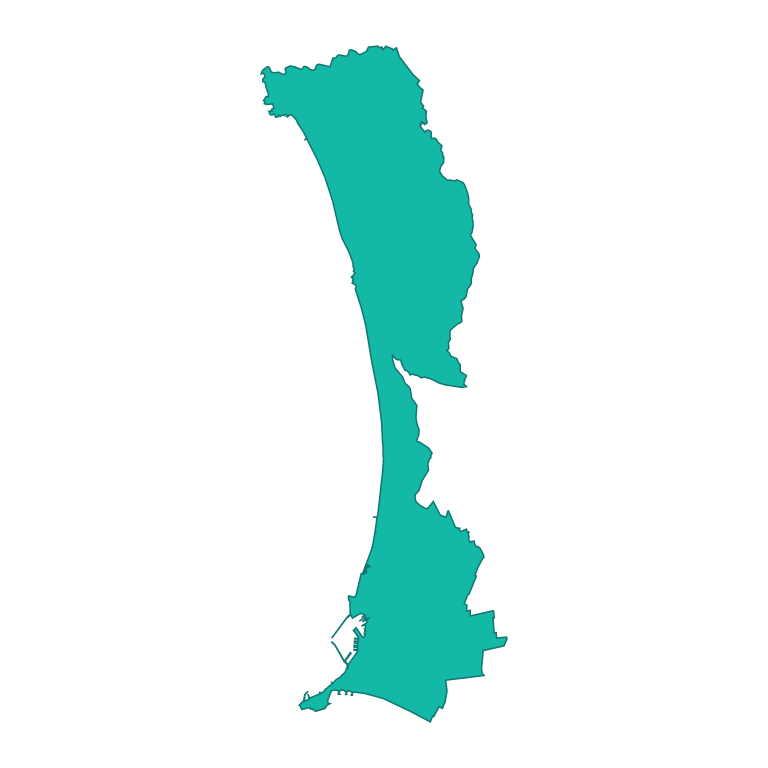 Callao, Lima Province, Peru (Natural Earth projection)
{"feature_id": "86281439B21009248898999", "entity_name": "Callao", "entity_type": "district", "adm_level": 2, "iso_a3": "PER", "parent_name": "Peru", "parent_adm1": "Lima Province", "projection": "natural_earth1", "projection_center": [-77.143, -11.949], "detail": "fine", "context": "isolated", "style": "filled", "palette": "teal", "viewbox_px": 768, "rotation_deg": 0, "n_neighbors": 0, "source": "geoboundaries", "source_scale": "gbopen_adm2", "svg_char_len": 6052}
<svg xmlns="http://www.w3.org/2000/svg" viewBox="0 0 768 768"><path d="M430.3,721.9L432.6,716.1L433.7,716.7L439.0,706.8L442.5,708.4L444.6,702.3L445.0,702.5L447.0,691.1L445.7,680.2L484.0,675.5L482.1,672.9L481.5,668.3L483.2,650.6L504.0,645.9L506.9,639.2L506.6,637.1L496.6,638.0L496.2,632.7L494.2,632.9L493.0,618.0L494.3,617.9L493.5,610.7L470.2,615.9L470.3,610.3L466.7,611.2L467.0,605.2L464.2,603.7L468.1,594.1L469.0,594.2L476.4,576.2L474.9,575.1L478.3,566.7L482.7,558.5L484.0,557.3L483.2,554.2L479.9,548.0L477.8,546.4L476.2,547.0L474.3,542.9L474.3,541.1L471.8,541.4L470.1,542.4L468.7,539.1L468.6,537.6L469.2,536.8L468.1,533.5L469.0,532.5L468.6,531.9L467.5,532.1L466.3,529.1L460.8,531.6L459.5,529.9L459.8,528.3L455.5,527.5L448.5,510.9L447.8,511.2L446.1,517.2L440.2,515.0L433.3,501.5L428.0,508.0L426.4,508.9L419.8,505.3L416.1,501.8L415.0,498.0L415.3,494.6L419.0,490.4L422.1,480.8L428.5,470.1L427.8,463.7L429.7,458.7L430.7,458.1L431.1,454.8L432.1,453.2L428.8,448.2L419.9,442.3L417.1,441.5L416.6,440.4L418.6,435.6L419.2,430.0L417.1,424.5L415.9,417.8L416.9,405.5L411.7,398.1L410.2,388.8L409.0,386.7L405.0,383.2L402.6,377.0L395.0,367.9L392.7,359.8L392.3,355.1L396.3,359.5L400.7,360.1L401.9,364.4L405.1,370.5L406.9,370.7L409.3,373.1L409.9,374.8L413.2,374.1L414.8,375.1L417.5,375.4L421.3,377.8L424.6,377.1L431.0,378.9L439.0,383.0L445.5,384.9L461.8,387.4L466.4,386.6L463.8,384.1L464.9,378.7L466.3,376.7L466.3,375.4L460.9,372.1L460.3,370.6L460.1,364.5L457.9,361.8L456.9,358.7L451.1,356.4L449.2,352.7L446.7,350.4L448.5,349.3L448.9,347.9L448.3,342.8L450.3,339.2L449.8,334.3L450.3,330.2L457.3,324.1L461.0,322.4L461.8,321.1L461.5,315.2L463.1,308.5L460.9,300.8L464.4,298.9L466.1,296.6L467.5,289.0L470.1,285.8L471.3,283.3L471.2,278.9L472.7,274.2L473.5,268.2L477.1,262.9L479.5,256.2L478.7,253.3L474.9,248.4L476.2,244.8L470.8,236.0L470.7,234.2L471.9,232.7L473.1,227.1L473.0,221.9L472.2,218.1L472.5,214.6L471.3,212.1L471.1,208.9L468.7,204.3L468.7,198.0L467.8,193.6L464.5,184.8L463.2,182.8L456.7,179.8L454.4,180.9L448.9,179.9L447.5,180.3L442.5,176.0L439.9,171.9L439.7,170.6L440.6,166.6L443.6,162.8L443.8,157.1L442.7,155.3L442.7,153.1L440.8,150.4L442.0,145.9L437.7,141.9L435.9,138.7L433.7,138.1L431.7,138.6L431.0,135.9L431.4,133.2L430.7,131.3L427.9,130.0L426.1,130.7L424.9,132.4L419.9,125.6L421.2,124.8L420.4,123.4L421.9,121.9L422.8,123.5L423.7,122.9L424.6,124.5L427.1,122.9L425.9,117.1L426.3,111.0L422.4,107.8L423.7,106.3L420.6,102.1L423.1,90.0L419.7,87.2L417.2,83.8L419.5,80.7L413.1,74.7L399.5,56.9L396.4,47.8L392.7,50.1L392.1,48.8L385.7,46.2L383.5,49.8L381.9,47.0L380.7,48.0L380.4,47.4L378.0,47.1L377.9,46.1L368.5,47.1L366.3,51.6L360.0,54.6L357.6,53.8L356.3,51.9L351.5,49.8L349.4,50.0L347.9,55.4L345.7,56.2L339.6,55.0L337.8,55.3L335.6,58.0L332.9,58.0L330.1,66.8L319.0,64.2L316.6,65.2L315.1,69.2L313.8,70.1L309.9,69.6L308.4,67.8L305.5,66.4L303.9,66.6L302.1,68.9L300.8,69.3L295.1,66.9L290.2,65.9L285.5,68.2L285.1,69.2L285.9,71.4L285.7,73.4L284.9,74.2L282.9,74.3L278.4,72.1L274.6,72.9L271.4,72.1L269.1,67.1L267.4,66.6L262.5,70.4L261.1,73.8L263.5,73.3L264.9,75.6L265.0,76.9L263.1,78.7L262.6,80.3L263.0,81.9L264.9,82.1L266.2,87.9L268.5,94.3L267.9,96.9L266.1,96.5L265.2,97.7L265.3,98.5L263.4,100.5L265.0,102.0L264.2,103.7L266.3,104.4L272.8,104.0L273.8,108.2L271.6,109.3L272.0,111.1L269.1,111.3L269.6,111.7L269.2,113.0L270.4,114.8L272.0,115.0L273.5,113.9L274.2,114.3L275.9,117.3L278.0,116.7L279.3,115.4L280.1,116.4L282.6,114.9L283.8,115.5L285.5,114.3L287.4,115.9L286.6,116.4L287.7,116.9L289.3,114.8L292.4,115.4L296.5,120.3L298.0,123.8L302.9,131.0L306.6,138.0L304.4,140.2L306.4,138.8L307.0,139.3L317.0,159.0L325.1,177.8L332.5,200.5L339.6,230.7L342.3,238.9L348.6,251.2L352.9,262.6L353.2,267.1L354.2,269.3L353.3,271.1L355.2,273.2L353.3,274.9L352.8,276.6L351.9,276.5L351.3,277.4L352.6,278.0L353.3,279.1L352.5,280.3L353.1,281.4L352.1,283.1L355.1,284.5L356.3,287.3L355.3,288.6L355.8,290.8L361.5,308.4L365.8,325.7L371.6,361.0L377.8,392.2L381.5,421.4L382.7,444.8L383.5,448.1L383.1,447.3L383.1,457.0L383.6,457.7L382.5,472.8L377.8,514.8L377.1,517.1L372.9,517.0L377.0,517.4L375.2,530.9L375.8,532.2L374.9,532.2L372.8,544.9L371.0,551.2L362.5,573.7L364.9,572.6L367.0,565.2L368.5,565.1L370.1,566.6L368.5,566.8L367.9,565.4L366.3,569.0L366.5,572.6L365.8,572.4L364.4,574.0L361.2,573.7L356.0,595.5L353.8,597.3L349.1,595.8L348.3,596.4L348.8,600.1L349.9,601.5L350.2,614.4L347.7,616.4L332.4,637.1L331.2,637.8L332.5,637.2L347.4,617.1L347.2,617.7L350.8,614.9L352.4,618.2L360.7,613.3L364.8,615.3L361.6,617.5L365.0,615.5L365.7,617.1L359.2,621.2L365.8,617.3L366.4,618.7L362.2,621.8L370.0,617.6L366.2,620.4L366.9,622.8L361.4,626.1L365.0,624.8L365.6,628.5L365.2,629.9L364.7,629.6L365.3,631.0L364.4,630.9L364.9,631.2L364.2,633.9L365.4,634.4L363.7,637.3L362.7,637.4L356.1,627.7L353.4,630.4L358.4,637.3L358.3,638.5L354.7,638.3L354.7,638.9L358.3,639.1L358.1,641.2L354.5,641.0L354.4,643.0L358.0,643.3L357.7,645.4L354.2,645.2L354.1,647.2L357.7,647.5L357.5,649.7L354.0,649.3L354.0,650.2L357.5,650.5L357.4,651.8L348.0,664.9L347.7,663.9L345.2,661.8L345.2,661.1L351.0,653.2L350.3,652.6L344.4,661.2L335.0,644.9L332.6,642.6L331.1,641.8L334.9,645.1L344.2,661.7L347.6,665.0L346.8,666.7L347.7,665.9L348.2,668.0L346.8,668.3L346.4,667.5L346.7,668.5L344.9,672.5L341.1,675.9L341.1,676.7L336.0,679.8L332.6,683.5L330.9,681.7L332.5,683.7L328.9,686.4L328.5,685.9L328.7,686.5L326.1,689.0L325.6,688.2L325.9,689.1L323.2,691.9L320.2,693.5L319.8,691.7L319.6,694.0L309.6,698.1L308.0,694.0L309.2,699.3L304.6,701.3L304.7,695.0L307.1,692.5L307.9,691.3L304.7,694.6L303.8,700.4L299.2,705.3L300.2,705.9L301.6,709.4L309.6,707.7L310.6,708.3L310.5,709.1L311.8,708.7L315.6,711.3L324.7,708.6L327.1,705.2L330.0,703.6L328.1,703.2L327.6,700.8L331.3,690.9L334.3,690.1L337.5,690.4L338.7,691.6L338.6,693.8L337.5,694.1L340.9,694.3L338.9,693.8L338.9,692.5L340.3,690.5L343.2,689.8L346.3,692.3L346.0,694.1L344.8,694.3L347.3,694.6L346.4,694.1L346.6,691.8L349.3,690.7L352.2,692.4L351.9,695.0L350.6,695.2L351.5,695.4L352.3,695.4L352.6,692.3L354.8,692.1L365.4,693.6L383.2,698.5L408.9,710.6L430.3,721.9Z" fill="#14b8a6" stroke="#0f766e" stroke-width="1.5"/></svg>